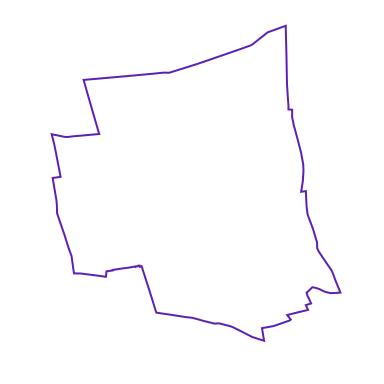 Capital, San Juan, Argentina (Equal Earth projection), rotated 354°
{"feature_id": "61730980B45550942809451", "entity_name": "Capital", "entity_type": "district", "adm_level": 2, "iso_a3": "ARG", "parent_name": "Argentina", "parent_adm1": "San Juan", "projection": "equal_earth", "projection_center": [-68.531, -31.533], "detail": "fine", "context": "isolated", "style": "outline", "palette": "violet", "viewbox_px": 384, "rotation_deg": 354, "n_neighbors": 0, "source": "geoboundaries", "source_scale": "gbopen_adm2", "svg_char_len": 1888}
<svg xmlns="http://www.w3.org/2000/svg" viewBox="0 0 384 384"><g transform="rotate(354 192 192)"><path d="M323.4,286.8L323.0,285.8L322.4,284.2L316.7,273.7L311.9,264.6L310.6,260.9L311.1,255.3L311.1,255.1L310.0,249.6L308.5,241.4L305.1,228.3L304.7,226.9L304.5,223.2L304.5,217.5L305.3,203.0L300.6,203.2L303.3,193.0L305.1,182.5L305.5,176.2L304.6,164.4L302.6,150.9L300.3,136.8L299.4,128.1L300.2,120.7L296.5,119.9L296.9,116.8L297.3,105.2L297.6,98.9L297.7,95.7L298.0,91.9L299.2,77.5L299.7,72.0L301.9,45.0L302.3,39.4L302.6,36.5L301.8,36.7L284.0,41.1L274.8,46.9L268.7,50.8L265.9,52.3L256.4,54.6L247.0,56.8L210.6,65.2L181.9,71.0L175.8,70.3L166.3,70.3L143.1,70.0L118.4,69.6L102.0,69.3L95.9,69.2L96.2,70.8L96.9,74.8L98.0,81.3L105.1,121.0L105.8,124.6L90.3,124.4L79.2,124.2L74.5,124.3L71.2,123.9L62.7,121.2L58.5,119.9L59.9,129.4L60.7,137.9L62.9,163.2L54.9,163.5L56.3,185.8L56.3,188.4L56.2,191.5L55.6,199.0L57.1,205.7L60.7,221.4L63.3,234.2L63.7,236.0L65.5,243.1L66.1,260.6L72.7,261.4L90.6,265.6L97.5,267.3L98.7,262.0L105.0,261.7L104.9,261.2L116.5,260.7L121.2,260.6L123.1,260.5L125.5,260.3L127.9,260.1L128.0,260.6L130.7,259.8L130.7,260.1L132.2,259.7L132.5,261.0L134.1,260.5L137.7,277.7L138.8,282.9L142.5,301.2L142.6,302.0L142.9,303.3L143.0,304.0L143.9,308.2L148.7,309.5L155.8,311.3L163.1,313.2L172.5,315.7L178.9,317.1L183.8,318.9L190.2,321.5L190.7,321.7L200.9,325.3L201.6,325.3L204.9,325.4L215.7,329.3L218.7,330.8L221.9,332.9L225.9,335.4L236.9,342.6L238.6,343.3L247.5,347.2L248.1,347.5L247.4,334.7L257.4,334.0L260.4,333.6L276.0,329.9L276.9,329.2L273.8,324.3L281.0,323.3L284.6,322.8L284.7,322.7L289.0,322.2L295.1,321.4L293.4,316.4L298.8,315.3L297.5,311.2L295.9,307.1L295.5,304.0L298.0,302.3L301.7,299.3L304.6,300.1L308.8,302.0L312.8,304.6L315.2,305.7L319.4,307.1L329.1,307.6L326.5,298.6L325.0,293.5L324.9,292.8L324.3,290.5L323.5,287.5L323.4,286.8Z" fill="none" stroke="#5b21b6" stroke-width="2"/></g></svg>